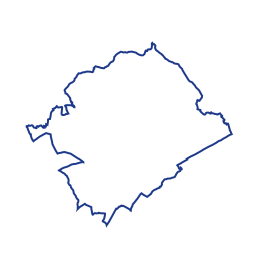 Jugureni, Prahova, Romania, rotated 59°
{"feature_id": "2599482B77676067936148", "entity_name": "Jugureni", "entity_type": "district", "adm_level": 2, "iso_a3": "ROU", "parent_name": "Romania", "parent_adm1": "Prahova", "projection": "robinson", "projection_center": [26.419, 45.107], "detail": "fine", "context": "isolated", "style": "outline", "palette": "blue", "viewbox_px": 256, "rotation_deg": 59, "n_neighbors": 0, "source": "geoboundaries", "source_scale": "gbopen_adm2", "svg_char_len": 5775}
<svg xmlns="http://www.w3.org/2000/svg" viewBox="0 0 256 256"><g transform="rotate(59 128 128)"><path d="M171.5,212.7L170.9,210.3L170.8,204.0L172.2,203.6L176.6,200.4L176.9,200.2L178.9,201.3L180.0,201.6L183.0,202.8L184.1,202.9L184.2,202.7L183.9,201.4L183.8,200.6L183.9,200.3L185.0,199.0L185.2,198.4L185.8,197.4L185.9,196.9L185.7,196.7L187.3,194.9L188.8,192.6L189.5,191.8L191.0,192.8L193.4,195.1L194.1,196.1L194.4,197.2L195.1,197.7L197.1,196.4L198.4,196.1L199.8,196.1L200.3,196.3L198.7,192.8L191.1,179.7L191.6,179.3L191.4,177.7L190.9,176.6L190.9,176.2L191.2,175.8L191.2,175.4L191.1,175.2L191.1,173.7L191.8,173.4L192.1,172.3L194.1,171.0L198.8,168.4L199.9,168.4L200.3,168.2L198.3,166.5L197.3,164.7L196.0,163.4L195.8,162.7L195.4,162.1L195.4,161.6L195.3,161.1L194.8,160.1L194.4,158.8L193.9,157.8L193.7,156.9L193.0,155.5L192.5,154.2L192.1,153.5L191.4,152.1L190.9,150.1L193.3,149.1L196.9,147.0L196.9,146.5L196.6,145.6L196.6,143.9L196.3,143.3L196.4,142.5L194.9,139.7L194.8,138.8L194.7,137.9L194.8,136.1L195.1,135.2L194.9,134.3L195.5,131.7L194.7,131.1L195.1,130.1L194.9,129.5L194.4,128.9L194.1,128.1L192.8,127.4L192.3,126.8L190.9,123.3L191.0,122.7L191.7,121.3L191.7,120.3L193.1,117.6L193.3,116.0L193.6,115.2L194.0,113.4L193.9,112.8L192.6,110.7L191.5,108.5L191.4,107.7L191.4,107.1L191.7,106.4L191.7,105.7L191.6,105.2L190.9,104.2L190.8,103.7L191.0,103.2L190.9,103.1L190.3,103.0L189.2,103.2L189.4,103.5L189.6,104.4L189.5,104.9L189.2,105.1L186.9,104.7L185.4,105.0L185.2,104.7L185.5,101.1L185.4,98.6L185.6,94.2L185.6,93.5L184.6,93.5L184.7,89.0L185.2,84.1L185.4,76.7L185.3,74.6L185.6,68.2L186.0,64.2L186.1,60.1L185.9,56.7L186.4,54.9L186.2,51.6L186.4,49.0L186.3,45.9L186.3,44.7L186.7,42.3L183.8,41.9L182.5,41.9L180.8,41.3L175.9,40.0L175.7,40.1L175.8,41.6L174.4,41.6L174.2,42.4L173.5,42.8L173.2,42.8L172.9,42.7L172.6,43.0L171.7,42.5L171.2,42.6L171.1,41.7L170.8,41.1L170.2,41.1L169.1,41.6L167.8,41.7L166.6,42.3L166.3,42.2L166.3,41.2L166.0,41.0L165.6,41.1L164.3,41.6L163.0,41.5L162.7,42.1L162.7,42.8L162.5,43.4L162.7,43.9L162.5,44.4L161.2,45.5L160.6,46.4L159.2,47.6L158.8,48.3L157.4,48.7L157.5,49.0L157.9,49.6L158.0,49.8L158.0,50.1L156.5,50.9L156.1,51.3L155.3,52.9L155.3,53.2L156.0,54.5L156.1,55.0L156.0,55.4L155.7,55.8L154.2,56.5L151.0,57.4L150.6,57.3L150.1,56.7L149.8,56.7L147.9,58.7L147.6,58.8L147.0,58.1L145.6,57.5L143.6,57.0L142.5,57.1L140.8,54.9L140.1,54.5L139.9,54.1L140.0,54.0L140.7,53.2L141.4,53.0L141.5,52.6L140.3,50.2L140.1,49.2L138.6,47.9L132.3,47.7L128.3,48.8L125.8,48.8L124.1,49.2L122.3,49.4L121.7,49.6L119.9,51.0L118.3,51.4L111.0,51.5L106.7,51.5L105.1,51.2L102.3,52.0L99.3,52.0L98.4,52.8L96.5,55.1L94.5,55.9L94.2,56.4L91.5,58.5L89.8,59.0L87.6,60.4L86.6,60.2L86.0,60.5L83.8,60.7L82.9,61.1L82.2,61.1L79.9,62.2L77.2,63.1L75.8,63.8L73.2,63.6L72.8,63.1L71.4,62.1L69.5,62.5L69.3,62.9L69.3,63.4L69.2,63.7L68.3,63.8L67.9,63.4L67.6,63.4L67.7,63.8L68.1,64.2L69.9,65.1L71.1,66.1L71.8,66.8L72.0,67.3L72.1,68.3L71.0,70.3L71.1,70.7L71.7,71.5L71.9,72.0L71.7,72.3L70.9,72.6L70.8,72.8L71.2,73.6L73.1,75.8L73.4,77.5L73.1,78.4L71.6,80.2L69.0,81.8L67.6,82.3L64.4,85.5L63.7,87.1L63.0,88.4L63.0,89.8L62.2,90.8L61.6,91.2L61.0,92.9L59.4,94.3L58.9,95.1L58.9,96.3L58.9,99.2L59.2,100.8L59.9,102.4L60.0,103.1L61.8,104.5L63.0,106.3L63.1,106.7L62.8,108.4L63.1,110.1L64.5,113.0L64.3,114.3L64.4,115.3L64.1,116.6L64.4,117.3L64.5,117.7L64.4,118.0L63.4,119.1L62.5,120.3L60.8,121.5L60.5,122.1L58.4,124.0L58.9,126.4L59.7,126.3L60.0,126.5L60.3,127.6L61.6,128.7L61.9,129.5L61.6,130.1L60.2,131.5L58.4,134.3L57.8,136.5L57.0,138.2L56.8,140.3L56.4,141.2L55.7,142.2L56.7,144.6L57.6,145.8L58.4,148.5L59.2,149.0L60.0,150.2L60.2,152.2L60.0,153.8L60.1,155.3L60.3,156.1L61.0,157.2L61.5,158.3L62.3,161.5L62.9,162.8L63.1,163.0L65.3,163.3L66.1,163.8L67.6,162.7L72.2,162.2L73.2,162.4L73.4,162.7L74.9,163.1L75.7,163.0L76.2,163.4L76.5,163.0L77.2,162.7L77.8,162.8L78.1,163.0L78.1,163.5L78.6,163.7L79.5,163.6L81.1,162.9L82.3,163.0L82.6,163.2L82.3,163.6L81.6,163.6L79.8,164.6L79.1,165.2L77.0,168.5L76.6,169.3L76.5,170.4L77.8,170.6L78.3,170.3L78.5,170.3L80.6,171.3L81.3,171.4L81.5,171.3L82.7,171.6L84.9,171.7L84.6,173.0L84.1,174.0L84.2,174.8L84.1,175.3L83.4,177.2L83.2,177.4L82.3,177.8L81.5,177.6L76.7,174.0L76.1,173.8L75.8,173.9L75.3,175.6L74.5,177.1L73.9,177.7L72.6,177.8L72.7,178.3L73.3,179.7L73.4,180.4L73.4,180.6L73.2,180.5L73.2,180.8L73.0,182.6L74.4,182.8L74.4,184.2L74.8,185.2L75.4,186.2L78.7,188.9L80.1,190.3L79.6,191.3L79.5,192.1L81.3,193.3L83.8,195.4L82.6,196.2L84.3,197.5L83.1,198.8L83.9,199.1L84.1,198.8L84.8,199.1L84.3,200.3L83.6,200.7L82.3,200.7L81.8,201.1L81.0,201.2L80.5,202.8L80.8,204.1L80.1,204.4L79.7,204.7L79.6,205.0L79.9,205.8L80.8,206.3L81.0,206.5L80.9,206.9L79.8,207.6L79.0,208.5L77.1,208.4L76.2,208.9L75.7,210.8L74.6,211.8L74.8,212.8L74.3,213.6L74.2,213.9L74.9,214.3L75.5,213.9L77.6,214.5L79.3,214.7L81.1,215.1L82.5,215.1L83.3,214.6L83.5,215.0L84.4,215.1L87.0,215.9L89.6,216.0L90.7,215.8L90.4,214.7L90.3,212.1L89.9,208.1L90.0,204.8L90.2,200.9L92.7,198.4L93.7,197.6L95.5,198.5L101.3,200.4L102.6,201.0L105.3,201.3L110.2,201.6L112.9,201.6L113.7,201.5L114.0,199.9L115.0,197.3L115.2,196.3L115.9,194.8L117.7,193.0L118.9,192.0L120.1,190.7L120.8,190.2L128.4,186.5L129.2,186.0L129.3,185.8L134.2,183.8L134.4,183.9L133.8,184.5L132.8,187.5L131.6,191.9L131.2,192.5L130.3,194.8L130.1,196.7L130.1,197.7L130.0,198.8L129.7,200.7L129.1,202.8L128.8,204.8L128.8,209.0L129.3,208.9L130.1,208.1L131.7,207.5L134.5,205.9L136.4,205.6L137.4,205.1L139.4,205.3L140.7,205.3L142.6,206.0L143.3,206.5L143.9,207.3L144.4,207.5L146.4,207.6L147.1,207.1L147.8,206.9L148.8,207.3L149.8,207.5L151.4,207.4L152.4,207.1L153.4,207.1L154.2,207.4L156.2,208.1L158.9,207.8L162.0,208.2L163.7,207.7L164.3,207.7L165.5,208.5L165.9,208.9L166.3,209.7L167.2,210.5L169.5,211.5L170.6,212.3L171.4,212.6L171.5,212.7Z" fill="none" stroke="#1e3a8a" stroke-width="2"/></g></svg>